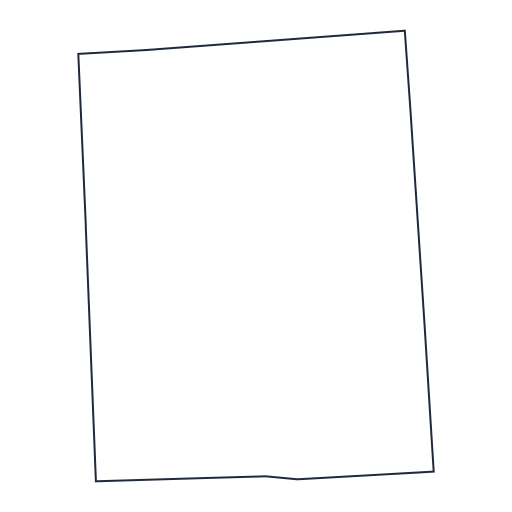 the district of Cortland, New York, United States of America
{"feature_id": "52423323B21854369364698", "entity_name": "Cortland", "entity_type": "district", "adm_level": 2, "iso_a3": "USA", "parent_name": "United States of America", "parent_adm1": "New York", "projection": "orthographic", "projection_center": [-76.097, 42.599], "detail": "fine", "context": "isolated", "style": "outline", "palette": "slate", "viewbox_px": 512, "rotation_deg": 0, "n_neighbors": 0, "source": "geoboundaries", "source_scale": "gbopen_adm2", "svg_char_len": 274}
<svg xmlns="http://www.w3.org/2000/svg" viewBox="0 0 512 512"><path d="M78.3,53.9L85.8,225.3L85.8,227.4L95.9,481.3L202.8,478.1L265.7,476.3L297.4,479.3L433.7,471.6L424.4,322.4L410.4,109.6L404.8,30.7L146.2,50.0L78.3,53.9Z" fill="none" stroke="#1e293b" stroke-width="2"/></svg>